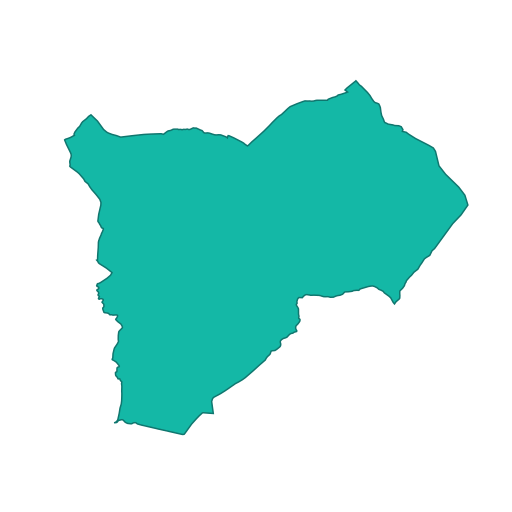 Cucaita, Boyacá, Colombia, rotated 277°
{"feature_id": "7082276B93594910606067", "entity_name": "Cucaita", "entity_type": "district", "adm_level": 2, "iso_a3": "COL", "parent_name": "Colombia", "parent_adm1": "Boyacá", "projection": "natural_earth1", "projection_center": [-73.453, 5.526], "detail": "fine", "context": "isolated", "style": "filled", "palette": "teal", "viewbox_px": 512, "rotation_deg": 277, "n_neighbors": 0, "source": "geoboundaries", "source_scale": "gbopen_adm2", "svg_char_len": 6038}
<svg xmlns="http://www.w3.org/2000/svg" viewBox="0 0 512 512"><g transform="rotate(277 256 256)"><path d="M376.0,75.0L374.2,72.9L371.6,71.0L368.2,67.6L366.4,66.5L366.0,66.4L363.2,65.2L361.3,63.6L357.1,61.2L354.8,60.5L353.6,61.1L352.6,59.5L352.2,59.1L350.8,57.0L349.4,54.3L348.9,53.1L348.2,52.1L347.9,51.9L343.6,54.3L336.6,58.9L334.7,60.0L333.1,60.4L331.6,60.4L327.4,59.6L326.2,59.8L323.9,60.4L323.4,60.4L322.5,60.2L321.7,61.0L317.5,68.5L316.2,70.4L311.5,75.6L309.2,77.2L307.1,80.6L304.3,82.7L301.8,85.0L297.5,89.8L293.2,94.1L290.2,95.6L287.5,95.8L278.1,94.8L271.6,94.8L270.9,95.0L269.2,96.6L268.7,96.8L266.8,98.4L266.1,98.6L265.1,99.5L264.7,101.1L263.9,101.2L261.3,100.6L259.5,99.9L258.1,99.7L254.4,98.5L253.4,98.4L252.4,98.1L250.5,97.9L245.3,98.4L237.2,98.8L232.9,99.2L232.5,98.4L231.4,99.6L230.1,100.4L229.3,101.5L225.7,109.1L222.0,115.1L219.2,114.0L215.8,110.9L211.0,105.3L209.6,103.4L209.4,102.5L208.9,101.9L208.3,101.7L207.7,101.9L207.2,101.5L206.6,101.8L206.4,102.1L205.9,103.5L205.4,103.8L205.1,103.9L204.8,103.9L203.7,103.2L203.4,102.6L203.1,102.3L202.6,102.2L202.1,102.5L201.3,103.7L200.1,104.4L199.7,104.5L198.7,104.0L198.0,104.0L197.4,104.4L197.1,105.1L196.6,105.5L194.8,104.8L194.3,105.0L194.1,105.3L194.0,105.7L194.6,106.8L194.8,108.0L194.4,109.4L194.1,109.7L193.4,109.8L192.0,109.0L191.4,108.8L190.9,109.3L189.7,110.7L189.3,110.9L187.4,111.2L186.9,111.1L185.8,110.3L185.1,110.3L184.2,110.6L181.5,112.0L181.3,112.6L181.3,115.2L181.1,116.4L180.8,117.0L179.9,117.9L179.9,118.7L180.1,119.7L179.9,121.3L180.5,124.5L180.4,125.4L180.2,125.8L179.6,125.9L178.4,125.7L177.5,125.3L176.4,124.6L176.0,124.5L175.5,124.9L174.0,126.8L172.1,130.1L170.4,131.5L169.0,132.1L168.5,132.1L168.0,131.8L165.0,129.5L163.9,129.0L160.4,129.0L156.5,129.4L154.5,129.9L153.9,129.8L151.6,128.9L147.3,126.7L145.3,126.4L141.5,126.0L137.4,126.3L136.0,125.8L135.7,125.9L135.5,126.1L134.8,128.0L133.6,130.3L130.4,133.6L130.0,133.8L129.5,133.7L128.6,132.1L127.9,131.7L124.5,132.0L124.1,131.9L123.5,130.9L123.0,130.7L121.0,131.1L120.4,131.3L119.9,131.7L118.6,133.2L117.3,134.0L117.2,134.2L117.5,135.4L117.4,135.8L116.1,136.5L115.4,137.2L114.9,138.0L114.2,138.2L112.6,138.1L111.9,138.4L109.9,138.8L105.5,139.2L103.3,139.6L100.6,139.9L96.0,140.3L92.6,140.3L88.5,139.6L83.1,139.4L76.7,138.8L75.4,138.2L74.6,137.6L73.7,136.7L73.4,136.1L73.2,135.4L73.5,137.2L73.8,138.0L74.5,138.7L75.3,139.1L75.8,139.4L76.3,140.3L77.2,142.7L77.2,143.3L76.9,144.2L75.1,146.4L74.5,147.9L74.2,149.0L74.2,152.5L74.5,153.3L75.5,154.7L75.9,156.4L75.8,157.2L74.9,158.7L74.8,159.2L74.2,163.1L72.6,178.3L72.4,179.7L72.2,182.1L69.9,204.7L70.1,205.8L70.3,206.4L71.2,207.0L81.4,212.6L87.4,216.8L90.2,218.9L93.5,221.7L93.8,222.0L94.0,222.7L94.5,232.8L106.2,229.7L109.3,230.3L110.1,230.9L110.8,231.5L115.1,237.6L118.6,241.9L126.9,251.2L128.8,254.0L131.5,257.5L134.0,260.2L142.1,267.5L148.4,272.9L153.9,277.9L155.6,278.5L157.5,279.6L159.7,281.5L160.5,282.0L163.1,282.5L163.5,282.7L163.9,283.6L164.5,286.3L165.9,288.0L168.7,290.7L169.4,291.1L170.0,291.3L171.6,291.3L173.4,290.6L174.3,290.5L174.8,290.7L176.1,291.5L177.5,293.2L178.4,295.3L179.2,296.6L182.1,298.7L183.0,299.7L183.4,300.4L184.0,302.1L185.0,303.1L186.0,305.5L186.4,305.6L187.0,305.5L187.5,305.0L188.9,304.2L190.8,304.0L191.9,304.5L193.9,306.0L196.1,307.2L196.6,307.4L198.0,307.5L198.4,307.3L198.8,307.0L199.2,306.1L199.7,305.9L201.2,306.0L202.0,305.8L203.4,305.3L208.6,304.6L210.0,303.8L211.6,302.4L212.7,301.9L213.2,302.0L213.8,302.5L214.7,302.4L215.2,302.2L215.9,302.1L218.1,302.5L218.8,302.7L220.0,303.6L220.3,307.1L221.7,307.9L223.1,309.3L223.6,310.0L223.9,311.2L223.8,313.1L223.9,313.7L223.7,314.4L223.7,315.3L224.2,318.2L224.6,323.3L224.5,324.8L224.2,326.2L223.9,328.0L224.0,329.6L224.4,332.1L224.4,333.0L224.1,334.8L224.6,337.9L225.9,340.1L226.6,341.7L227.3,344.2L228.5,346.4L229.2,347.1L230.7,348.1L231.1,348.6L231.3,349.2L231.7,351.8L232.5,355.0L232.9,356.1L233.5,356.9L233.7,357.7L234.3,360.4L234.4,362.0L234.5,362.3L235.8,363.2L236.3,364.1L239.4,371.2L240.1,373.5L240.5,375.4L240.2,377.3L239.5,379.3L239.1,380.3L237.9,382.0L237.3,384.3L236.4,386.6L235.1,387.8L232.3,392.9L230.9,394.8L226.7,397.8L225.3,399.3L227.7,400.6L229.9,402.6L230.8,403.4L231.7,403.8L234.4,403.6L235.9,403.3L238.4,403.0L239.1,403.2L241.8,405.4L244.6,406.9L246.9,407.3L248.2,408.0L249.8,408.3L254.0,411.1L255.7,412.6L259.1,414.7L262.7,418.3L266.8,420.0L268.9,421.2L273.7,423.5L275.3,425.2L277.8,428.4L282.7,430.1L285.1,432.3L312.1,447.3L321.8,454.5L332.4,460.1L341.8,455.9L349.1,448.8L360.2,434.2L367.8,426.6L381.7,421.4L384.8,418.9L386.8,414.3L392.0,400.1L395.6,392.5L397.1,390.0L397.5,386.1L399.4,386.4L402.0,384.4L402.7,381.8L402.4,377.8L402.8,375.8L403.0,371.0L403.7,369.3L404.1,367.7L405.0,366.9L407.1,365.9L410.7,363.6L413.9,362.5L418.6,361.3L420.6,360.2L421.9,359.3L422.4,357.6L422.8,355.5L423.7,354.1L426.6,351.5L429.1,349.6L431.9,346.7L437.3,339.9L438.4,337.8L440.3,335.9L442.1,333.8L441.1,333.0L440.9,332.7L433.8,325.8L431.6,324.1L429.9,326.9L429.3,325.9L426.8,320.6L425.8,317.9L424.8,317.1L423.6,315.2L422.6,312.6L420.7,309.1L420.2,308.4L419.3,308.0L418.0,297.6L417.7,296.4L416.8,294.2L416.4,292.2L416.4,290.2L416.1,288.5L415.9,285.7L415.0,283.7L412.1,278.1L408.4,271.7L406.3,269.7L399.9,264.4L399.3,263.8L397.9,262.0L395.8,260.1L390.6,256.0L387.0,253.4L381.0,248.7L372.9,241.7L368.8,238.0L365.0,235.0L364.2,234.1L365.9,230.8L366.5,230.1L367.5,227.8L370.6,219.4L372.0,214.8L372.1,213.7L370.9,213.3L369.8,213.2L370.3,212.4L370.7,211.3L371.9,206.3L371.8,204.2L371.4,202.4L371.2,200.5L371.7,197.5L372.2,195.2L372.3,193.9L372.3,193.0L371.8,190.4L371.9,189.7L372.1,189.2L373.9,187.2L374.3,185.4L375.7,181.1L375.5,180.0L375.5,178.1L373.6,175.1L373.3,174.0L373.6,172.3L373.0,170.6L372.9,168.7L372.3,167.2L372.5,165.9L372.1,163.8L372.1,163.4L372.4,162.9L371.9,159.0L371.5,157.9L370.7,156.8L370.2,155.8L369.7,154.5L369.5,153.7L368.9,152.8L365.5,149.3L365.8,146.9L364.2,136.8L363.0,130.0L360.4,118.9L357.5,107.2L358.5,102.8L359.1,98.4L360.0,94.7L360.7,92.8L363.0,89.3L370.6,82.2L376.0,75.0Z" fill="#14b8a6" stroke="#0f766e" stroke-width="1.5"/></g></svg>